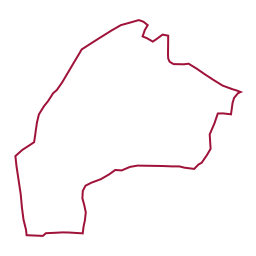 outline of Dostluk, Chardzhou, Turkmenistan
{"feature_id": "10190150B13703090222147", "entity_name": "Dostluk", "entity_type": "district", "adm_level": 2, "iso_a3": "TKM", "parent_name": "Turkmenistan", "parent_adm1": "Chardzhou", "projection": "albers", "projection_center": [65.017, 37.433], "detail": "fine", "context": "isolated", "style": "outline", "palette": "rose", "viewbox_px": 256, "rotation_deg": 0, "n_neighbors": 0, "source": "geoboundaries", "source_scale": "gbopen_adm2", "svg_char_len": 1301}
<svg xmlns="http://www.w3.org/2000/svg" viewBox="0 0 256 256"><path d="M120.9,25.1L111.5,30.5L99.2,38.2L90.4,43.8L88.1,45.3L81.7,49.4L79.3,53.5L73.2,63.7L70.8,67.8L66.7,74.7L62.2,82.3L57.0,89.8L56.9,90.0L53.1,93.2L51.3,96.1L48.0,101.2L43.9,106.3L38.9,114.4L37.0,122.3L35.6,131.7L35.4,133.6L34.1,142.2L25.1,148.1L22.3,149.9L15.4,156.1L16.5,166.2L18.1,176.9L20.7,194.1L21.9,207.1L21.9,207.3L23.5,219.6L26.0,229.7L26.6,235.2L42.8,235.9L43.0,235.7L43.8,235.1L45.9,233.2L52.6,232.9L62.4,232.4L68.7,232.5L70.2,232.6L81.8,233.3L82.7,233.4L83.6,226.4L84.9,220.3L85.8,212.4L84.1,204.5L82.4,198.4L82.8,190.9L85.5,185.7L91.6,182.6L100.8,179.2L109.1,174.4L115.2,170.0L121.7,170.4L130.0,166.9L137.4,165.6L162.3,166.0L172.3,166.4L179.3,166.4L184.6,167.7L194.2,168.9L198.5,164.5L201.6,162.8L206.8,155.3L210.6,148.8L209.7,134.4L214.4,123.5L217.8,113.5L223.0,113.4L231.0,114.3L232.6,102.7L234.1,97.9L238.0,93.2L240.6,92.0L236.8,90.5L236.7,90.5L232.1,89.1L222.6,85.6L213.1,79.7L205.0,74.4L203.8,73.6L196.9,68.8L188.6,63.7L183.8,64.3L178.9,64.2L173.6,64.1L172.9,63.7L171.5,62.9L169.6,61.7L168.2,58.5L168.0,54.7L168.1,46.1L168.2,35.7L162.6,34.6L156.2,39.3L152.8,41.6L147.3,38.4L146.0,37.8L142.6,36.4L144.8,30.1L147.7,25.1L143.4,21.7L138.8,20.1L130.4,22.5L120.9,25.1Z" fill="none" stroke="#9f1239" stroke-width="2"/></svg>